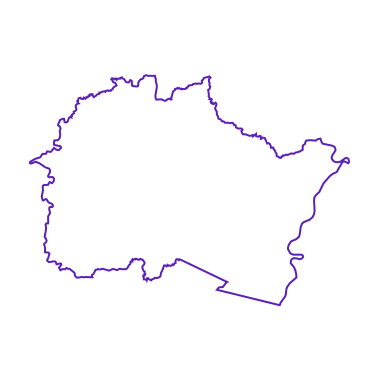 outline of La Victoria, Valle del Cauca, Colombia, rotated 175°
{"feature_id": "7082276B16171151514761", "entity_name": "La Victoria", "entity_type": "district", "adm_level": 2, "iso_a3": "COL", "parent_name": "Colombia", "parent_adm1": "Valle del Cauca", "projection": "mercator", "projection_center": [-75.953, 4.485], "detail": "fine", "context": "isolated", "style": "outline", "palette": "violet", "viewbox_px": 384, "rotation_deg": 175, "n_neighbors": 0, "source": "geoboundaries", "source_scale": "gbopen_adm2", "svg_char_len": 6072}
<svg xmlns="http://www.w3.org/2000/svg" viewBox="0 0 384 384"><g transform="rotate(175 192 192)"><path d="M349.6,234.4L345.1,235.8L341.2,233.7L336.0,229.4L332.3,227.7L331.6,226.4L331.7,224.2L333.8,220.9L334.0,219.9L332.9,219.1L329.7,219.1L328.3,217.5L328.6,215.2L330.6,213.0L333.0,214.3L334.8,211.7L338.7,211.9L339.9,211.3L340.3,210.3L340.3,206.7L342.1,200.4L341.5,197.0L340.9,196.5L338.9,197.5L337.7,197.6L335.8,194.1L332.6,192.4L331.6,190.8L332.3,189.3L334.4,189.5L335.4,189.0L335.8,186.8L335.1,183.6L337.5,180.2L337.9,173.9L338.2,173.2L339.5,173.5L340.7,172.5L340.5,168.2L342.7,160.0L341.5,158.1L341.1,156.0L341.7,154.7L343.6,153.3L343.9,152.6L343.2,149.3L343.7,144.8L340.2,144.1L339.4,143.1L341.0,138.7L342.3,136.8L342.2,136.0L340.4,134.5L336.2,135.0L334.4,134.7L333.8,134.1L333.2,131.7L329.6,132.3L328.7,132.0L328.6,130.7L331.1,128.3L329.9,125.5L327.7,126.5L325.2,126.1L323.7,127.3L322.4,126.4L320.7,126.1L316.2,121.9L315.8,118.7L314.3,116.8L312.4,116.6L308.7,117.0L307.3,116.4L305.4,116.6L298.9,115.7L298.6,115.8L299.1,116.7L298.9,118.0L297.3,118.9L294.8,122.9L293.7,122.8L292.6,123.5L290.7,122.8L287.6,123.3L281.4,120.9L277.5,122.3L273.3,120.7L270.6,121.9L268.6,121.2L264.9,120.9L263.2,121.6L261.3,124.5L259.9,125.5L259.3,126.8L259.6,127.5L258.3,128.5L257.7,128.2L257.9,129.2L257.0,130.3L256.2,129.5L254.9,130.2L254.1,129.8L253.6,130.4L250.9,129.0L249.2,129.9L248.3,129.1L247.2,129.0L245.4,126.0L245.7,124.4L247.9,122.2L248.0,120.4L247.1,117.6L246.1,116.8L246.4,114.8L245.7,114.4L246.3,113.1L246.9,113.4L247.2,112.9L247.7,113.1L248.0,112.3L247.6,111.8L247.6,109.2L245.9,109.0L245.3,108.4L244.8,109.1L244.6,108.2L243.9,110.0L243.5,110.1L243.0,109.3L240.3,107.5L239.4,108.5L237.1,109.1L236.5,109.8L233.8,109.3L230.9,110.6L229.9,114.1L227.7,117.7L226.4,121.1L225.3,121.3L223.7,120.1L223.2,120.4L222.7,121.5L221.6,120.5L220.8,120.8L219.6,120.3L218.6,120.5L217.8,121.6L216.7,120.9L215.9,122.3L214.6,122.6L214.4,124.8L213.4,126.3L211.9,126.3L211.1,125.2L210.0,126.0L164.7,99.2L166.2,98.4L169.5,94.7L173.5,94.6L175.7,92.4L114.5,71.6L113.2,74.2L108.4,79.7L107.5,81.7L106.4,87.1L105.5,89.1L102.5,92.6L95.5,97.7L95.3,100.4L95.9,105.3L97.2,108.7L99.8,112.3L99.4,115.1L98.6,116.2L96.6,117.2L94.2,116.9L90.4,115.6L88.3,116.2L87.0,117.6L87.1,118.9L88.2,120.0L96.3,120.7L98.4,121.6L99.6,122.7L101.4,126.8L101.0,129.1L99.9,131.3L97.6,134.2L92.5,135.8L89.3,138.1L88.4,140.4L86.7,147.7L85.1,151.0L83.4,152.2L77.3,154.1L74.0,156.5L72.4,159.3L71.5,162.3L71.2,172.2L70.7,175.7L69.0,177.9L65.1,181.0L60.3,189.1L53.1,196.0L50.2,197.8L46.1,199.3L39.6,208.7L37.5,209.2L33.9,207.0L33.4,207.3L32.9,208.8L33.3,211.3L34.6,212.4L36.4,212.3L41.3,209.4L43.3,208.9L46.6,209.3L48.3,210.5L49.6,212.4L49.9,214.2L48.9,216.5L45.6,220.6L45.3,221.7L45.7,223.7L46.2,224.6L48.2,225.9L57.5,228.7L58.5,230.2L59.4,234.0L62.4,233.6L64.3,232.4L69.4,233.3L73.5,233.3L74.3,232.6L75.3,230.0L77.4,228.7L78.0,226.3L77.9,224.7L78.3,224.1L79.8,223.7L81.2,222.9L85.5,222.2L87.2,221.2L89.8,221.8L93.6,220.5L95.0,221.1L97.3,220.1L98.5,220.5L99.0,219.4L99.9,219.3L100.5,218.2L101.7,218.4L103.0,219.7L104.5,220.4L104.5,223.1L105.4,224.3L105.7,225.9L107.1,228.1L107.1,229.1L109.5,229.2L109.5,230.7L110.2,232.9L111.5,234.1L112.9,233.7L114.8,239.5L117.3,240.1L117.9,239.9L118.3,238.8L118.8,238.8L118.7,241.6L119.5,242.0L121.4,241.3L123.2,242.0L123.1,244.3L126.2,242.2L126.1,243.3L126.5,243.6L128.0,242.9L130.2,243.1L133.1,244.6L136.2,245.1L137.1,246.5L137.5,248.5L136.2,249.6L136.4,250.1L137.5,251.0L140.6,251.2L142.2,252.2L142.7,252.9L142.7,254.6L144.5,255.3L144.7,256.7L146.1,257.5L148.4,257.2L149.9,257.9L153.1,258.1L154.4,259.6L156.0,259.8L157.0,261.7L159.3,262.8L159.6,265.3L160.5,266.9L160.3,269.7L161.8,273.2L160.0,277.0L160.1,277.9L160.7,278.9L162.4,277.9L163.8,279.2L164.2,279.2L164.0,278.2L164.7,278.6L164.4,279.5L165.4,279.5L165.5,280.0L165.4,281.1L164.3,282.5L166.0,283.0L165.3,283.4L166.3,284.1L167.1,285.9L166.7,287.3L167.0,292.3L165.5,293.1L164.6,295.5L165.4,296.8L165.0,298.7L165.5,300.8L165.2,303.0L163.6,304.3L164.6,305.6L170.3,304.5L171.1,303.0L172.5,302.1L172.4,299.9L173.9,299.0L176.4,299.6L178.0,299.3L178.7,299.7L181.9,299.3L182.4,298.5L186.0,298.4L186.6,297.3L188.4,296.4L188.3,295.7L190.6,295.2L192.2,295.5L193.2,295.2L193.5,295.8L194.2,295.5L195.6,296.6L196.7,296.2L197.2,297.0L198.9,296.1L199.8,296.2L200.2,295.0L202.1,293.8L204.4,287.4L204.4,286.0L205.2,286.0L205.9,287.0L208.4,286.5L209.8,285.4L211.1,285.2L214.5,287.0L219.6,287.2L220.1,288.7L220.0,291.5L217.9,299.4L217.8,302.4L218.4,304.8L218.2,308.1L218.9,309.9L218.7,310.9L225.8,311.6L227.7,312.4L230.0,311.4L230.5,309.7L231.6,309.0L233.3,308.7L235.0,307.2L235.9,305.7L236.5,302.4L237.5,301.9L241.2,302.5L242.5,303.3L242.1,304.4L242.5,305.1L242.3,307.8L243.7,308.9L245.4,306.7L247.2,306.9L248.2,307.5L249.8,310.4L251.9,311.5L252.0,312.3L253.5,311.8L253.7,311.2L256.6,311.3L257.1,310.5L257.5,311.4L258.8,310.9L259.1,311.7L259.7,311.5L261.7,312.3L262.6,311.3L261.7,310.3L260.8,308.1L259.0,307.5L257.8,304.8L261.2,303.0L262.1,301.3L263.7,300.8L263.9,300.0L266.4,300.0L266.9,300.6L269.2,300.2L269.6,299.3L270.7,299.9L273.3,299.6L274.1,299.0L274.7,299.1L275.4,298.4L275.8,298.8L276.2,297.8L278.3,297.3L279.5,296.1L281.7,295.1L282.7,297.3L283.1,297.4L282.7,298.0L284.3,298.3L285.7,297.8L285.8,296.5L286.9,296.6L287.7,295.3L288.9,295.7L289.2,294.9L290.2,294.2L291.5,295.5L292.2,294.3L293.0,294.2L294.1,294.4L294.9,295.6L296.6,295.3L297.2,294.5L297.5,292.6L298.4,292.5L297.9,290.9L297.2,290.1L298.5,290.0L300.1,288.6L300.4,286.8L299.9,284.9L300.6,283.3L302.9,282.2L302.7,280.7L305.0,279.3L304.9,278.2L306.1,277.9L305.8,276.8L306.7,277.2L308.0,276.7L309.7,273.0L311.5,272.2L312.8,272.7L313.1,276.1L314.0,276.2L317.1,275.3L319.5,270.9L319.6,270.1L318.0,268.8L317.4,266.7L318.5,264.1L318.2,261.3L318.9,257.9L319.9,256.3L321.2,255.3L324.7,255.3L325.5,251.5L325.1,250.9L319.2,249.1L318.6,248.1L318.7,247.2L321.2,245.4L322.0,245.4L323.9,246.3L325.7,248.0L328.9,244.4L329.7,244.3L332.4,245.1L333.0,244.7L334.1,242.8L337.6,243.0L340.2,239.8L345.3,238.7L350.4,236.3L351.1,235.2L350.6,234.6L349.6,234.4Z" fill="none" stroke="#5b21b6" stroke-width="2"/></g></svg>